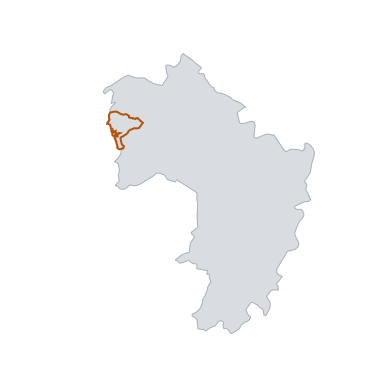 location of Boffa within Guinea, rotated 33°
{"feature_id": "GIN-5628", "entity_name": "Boffa", "entity_type": "Prefecture", "adm_level": 1, "iso_a3": "GIN", "parent_name": "Guinea", "parent_adm1": "", "projection": "natural_earth1", "projection_center": [-14.034, 10.295], "detail": "fine", "context": "in_parent", "style": "outline", "palette": "amber", "viewbox_px": 384, "rotation_deg": 33, "n_neighbors": 0, "source": "natural_earth", "source_scale": "10m", "svg_char_len": 5649}
<svg xmlns="http://www.w3.org/2000/svg" viewBox="0 0 384 384"><g transform="rotate(33 192 192)"><path d="M229.9,251.5L227.2,251.1L226.0,251.7L222.5,256.5L220.3,258.4L217.0,257.8L215.8,258.2L214.9,257.6L216.1,255.0L217.8,249.7L222.2,244.4L222.3,243.3L220.5,240.2L218.6,236.0L218.6,231.4L218.2,228.1L214.3,227.2L213.6,226.7L213.5,225.6L215.7,219.9L215.9,218.8L215.6,217.7L213.2,214.8L209.4,209.5L203.0,198.5L200.6,196.2L198.3,192.8L197.5,190.7L195.1,189.9L172.7,190.1L172.3,192.9L164.7,194.9L159.9,192.7L154.6,193.9L152.1,195.4L150.1,201.8L149.0,203.2L147.9,206.1L146.8,207.7L145.7,210.8L143.2,215.3L140.5,218.2L136.1,219.8L134.7,224.6L133.7,226.3L131.9,227.7L130.1,228.6L126.4,227.7L124.4,228.5L124.0,227.4L125.2,223.6L124.3,221.6L120.7,217.7L120.4,215.9L119.3,213.4L114.7,208.4L110.4,208.7L111.6,204.5L111.5,198.9L110.1,195.9L110.4,192.7L109.6,192.9L108.2,195.1L105.9,194.4L101.2,191.1L98.8,187.8L98.5,185.1L98.0,184.0L96.6,184.6L93.6,184.6L84.6,179.7L78.2,167.4L78.1,164.6L79.0,159.8L78.8,158.5L75.9,161.7L75.3,159.6L73.1,154.6L72.4,151.8L70.3,150.6L68.5,150.3L67.2,151.3L65.5,157.0L64.1,157.0L62.8,155.8L63.1,151.5L66.5,146.1L72.3,132.5L74.4,129.4L75.7,128.3L78.4,128.2L83.8,126.3L90.3,122.1L95.3,122.4L101.2,121.9L108.9,119.0L109.0,109.9L108.7,107.8L106.0,106.0L104.4,104.4L103.0,102.4L101.4,101.0L101.4,99.5L104.8,97.5L108.0,97.5L109.0,96.8L109.8,95.5L110.7,92.2L111.0,88.7L108.9,84.1L109.0,80.8L120.3,81.2L126.5,82.2L131.6,82.4L132.4,83.2L131.7,86.4L132.4,88.3L134.1,88.8L136.9,86.5L138.4,87.0L141.6,89.8L144.5,90.6L147.8,92.1L150.8,92.9L153.5,92.8L155.5,94.4L159.3,94.9L164.1,92.9L168.0,92.0L173.3,91.8L176.2,92.4L184.3,90.9L190.8,91.7L189.8,92.8L186.9,100.1L187.2,101.4L193.8,107.6L195.3,108.1L197.1,107.2L199.9,104.4L202.1,101.3L204.3,99.8L206.8,99.9L208.8,102.0L213.4,111.2L214.6,112.4L215.7,112.3L217.8,110.6L218.8,108.6L223.1,102.6L229.8,99.6L245.7,106.5L248.0,107.0L249.4,106.5L251.3,102.4L257.3,98.9L260.2,97.9L261.8,97.8L262.4,96.7L262.7,95.0L262.4,93.3L260.5,90.2L260.4,89.3L261.5,88.7L263.8,88.2L266.7,88.5L270.1,89.9L272.8,91.8L274.3,94.1L277.3,103.8L280.7,111.4L280.6,121.6L282.1,122.6L283.8,123.0L284.5,123.8L286.2,128.0L287.7,129.2L289.5,129.5L293.0,132.2L295.2,133.3L295.5,134.1L295.4,135.2L294.6,136.6L291.3,139.4L289.7,141.8L286.3,147.6L286.2,148.6L286.9,149.4L288.3,149.6L289.8,149.2L292.9,147.1L295.4,147.8L297.7,149.4L298.6,151.1L298.8,153.3L298.3,156.1L298.2,159.2L299.1,164.6L300.3,170.0L301.6,171.9L309.4,176.7L310.2,178.4L310.6,180.4L310.0,183.2L309.2,184.7L305.0,188.9L304.3,190.9L304.7,194.6L305.0,210.4L306.7,213.0L308.8,214.3L313.5,213.6L313.4,218.0L312.8,222.9L315.5,224.4L316.9,225.9L317.7,227.3L313.4,229.9L312.1,231.4L311.5,235.5L311.7,239.2L317.6,241.9L319.8,245.1L320.8,248.4L321.2,254.6L320.7,256.0L319.2,256.0L316.2,252.2L311.7,251.8L308.3,251.1L302.7,251.6L301.7,252.7L301.1,261.0L302.4,262.4L305.1,263.9L306.9,264.6L308.4,264.4L309.5,265.4L309.7,268.1L309.0,270.1L307.5,271.9L305.7,276.7L306.1,281.1L302.9,288.0L302.0,289.4L297.8,288.0L295.1,287.5L293.1,289.3L290.3,286.6L289.8,284.5L288.8,284.0L287.0,284.0L285.3,285.2L284.6,287.4L284.2,291.8L281.1,296.1L279.0,301.3L276.5,300.9L275.9,301.5L273.3,302.9L271.0,303.2L270.4,301.8L269.0,300.7L267.5,298.5L265.9,296.7L262.6,295.4L261.3,296.0L259.8,295.8L258.8,295.1L258.9,294.0L260.6,291.3L261.6,288.7L262.1,286.0L262.1,283.4L261.2,279.7L259.7,276.7L259.4,275.0L259.5,272.6L259.2,270.4L258.7,269.2L258.0,264.9L257.2,264.1L256.7,260.7L256.8,257.2L255.5,255.9L253.6,254.9L252.4,253.5L251.7,252.0L251.0,251.6L250.4,251.7L249.8,252.6L249.2,252.8L248.0,249.5L247.5,249.4L246.7,250.1L237.6,253.8L236.4,250.7L234.7,250.1L231.7,251.4L229.9,251.5Z" fill="#d9dde1" stroke="#a8b0b8" stroke-width="1"/><path d="M110.4,191.8L110.3,191.7L110.2,192.2L110.1,193.0L110.0,193.4L109.6,193.7L108.9,194.8L108.5,195.1L108.3,195.4L107.1,195.9L106.2,195.8L105.6,195.7L105.1,195.5L104.9,195.2L104.7,194.7L104.2,194.0L103.6,193.4L103.1,193.1L102.1,192.4L101.9,192.1L101.5,191.1L101.2,191.0L100.6,190.9L100.3,190.8L100.0,190.6L99.3,189.8L98.8,189.5L98.4,189.4L98.1,189.3L97.5,188.8L97.4,187.8L98.0,186.6L98.9,185.9L99.8,186.7L99.5,186.2L99.1,185.5L98.6,185.0L98.4,185.1L98.1,185.7L97.6,185.4L97.2,185.0L97.3,184.7L98.0,184.4L98.6,183.5L99.6,181.7L99.1,181.9L98.7,182.3L98.0,183.2L97.6,183.5L96.7,184.0L96.4,184.2L96.4,184.7L96.4,186.5L96.3,187.0L96.1,187.4L95.6,187.7L95.0,187.8L94.2,187.5L93.6,186.9L93.3,186.1L93.3,185.3L93.9,184.6L94.7,183.9L95.2,183.2L94.8,182.5L94.6,183.1L94.2,183.4L93.7,183.6L93.1,183.6L93.2,184.5L92.6,185.2L91.8,185.5L91.4,185.1L91.3,184.9L91.0,184.5L90.8,184.1L90.7,183.5L90.8,183.2L91.0,182.9L91.2,182.7L91.0,182.4L90.8,182.3L90.7,182.3L90.5,182.5L90.4,182.6L90.1,183.3L89.3,182.8L87.2,180.6L86.9,180.4L86.4,180.2L85.9,180.3L85.4,180.4L84.9,180.5L84.4,180.2L83.7,181.0L83.4,180.6L83.3,179.6L83.3,178.7L83.5,177.4L83.5,176.9L83.4,176.3L83.2,176.1L82.9,175.9L80.8,173.3L80.4,172.4L80.3,171.6L80.3,170.5L80.5,169.6L80.8,169.1L82.1,167.9L83.5,166.6L85.4,165.6L89.9,165.4L92.3,164.5L94.5,162.5L97.8,162.5L98.5,163.7L100.0,163.4L102.1,162.3L102.4,162.6L102.5,162.6L102.7,162.3L102.9,162.2L103.3,162.0L103.5,161.9L104.8,161.6L105.1,160.4L105.4,160.3L105.7,160.1L105.9,159.8L106.2,159.6L106.6,159.6L107.5,160.0L107.8,160.1L108.5,160.0L108.9,160.1L109.2,160.3L113.1,160.7L112.7,167.2L111.0,168.7L110.4,169.2L108.9,169.8L108.1,171.2L106.2,173.7L105.6,175.4L105.9,177.7L105.1,180.0L104.1,182.2L102.8,184.5L102.7,184.7L102.6,185.0L102.7,185.5L102.8,185.8L103.0,186.1L103.1,186.3L107.1,190.2L107.3,190.3L107.5,190.4L107.9,190.5L109.2,190.5L109.5,190.5L109.8,190.7L110.1,191.1L110.4,191.7L110.4,191.8L110.4,191.8Z" fill="none" stroke="#b45309" stroke-width="2"/></g></svg>